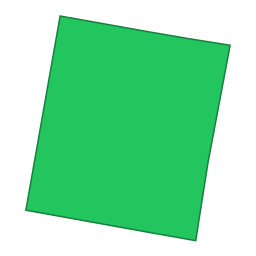 Benton, Iowa, United States of America (Robinson projection), rotated 10°
{"feature_id": "52423323B49027728279357", "entity_name": "Benton", "entity_type": "district", "adm_level": 2, "iso_a3": "USA", "parent_name": "United States of America", "parent_adm1": "Iowa", "projection": "robinson", "projection_center": [-92.019, 42.08], "detail": "fine", "context": "isolated", "style": "filled", "palette": "green", "viewbox_px": 256, "rotation_deg": 10, "n_neighbors": 0, "source": "geoboundaries", "source_scale": "gbopen_adm2", "svg_char_len": 282}
<svg xmlns="http://www.w3.org/2000/svg" viewBox="0 0 256 256"><g transform="rotate(10 128 128)"><path d="M41.7,29.5L41.7,226.7L171.3,227.2L214.3,227.2L213.5,187.5L212.8,147.7L214.2,28.8L171.1,29.5L128.0,29.7L41.7,29.5Z" fill="#22c55e" stroke="#15803d" stroke-width="1.5"/></g></svg>